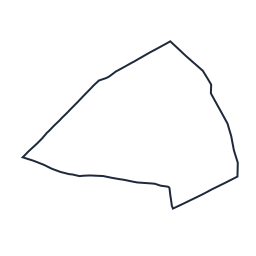 the district of Santa Catarina Ticuá, Oaxaca, Mexico, rotated 86°
{"feature_id": "50627088B91995558537329", "entity_name": "Santa Catarina Ticuá", "entity_type": "district", "adm_level": 2, "iso_a3": "MEX", "parent_name": "Mexico", "parent_adm1": "Oaxaca", "projection": "orthographic", "projection_center": [-97.534, 17.055], "detail": "fine", "context": "isolated", "style": "outline", "palette": "slate", "viewbox_px": 256, "rotation_deg": 86, "n_neighbors": 0, "source": "geoboundaries", "source_scale": "gbopen_adm2", "svg_char_len": 1168}
<svg xmlns="http://www.w3.org/2000/svg" viewBox="0 0 256 256"><g transform="rotate(86 128 128)"><path d="M211.5,88.8L207.9,79.5L203.9,69.5L201.6,63.7L201.3,63.0L199.2,57.9L195.0,48.5L189.8,35.7L187.4,30.0L184.1,22.2L170.3,20.9L157.8,23.9L143.4,25.6L133.8,27.7L130.6,28.4L123.4,31.7L117.3,34.5L110.9,37.5L99.2,42.9L90.5,42.0L84.9,44.8L76.1,49.4L60.1,65.3L52.5,72.3L44.5,79.8L46.5,84.0L47.9,87.1L51.4,94.7L54.0,100.6L55.1,102.8L55.8,104.3L57.1,107.0L57.4,107.6L60.0,113.0L62.1,117.2L63.3,120.0L67.4,128.7L70.9,136.4L72.4,138.6L74.3,141.6L75.6,143.7L76.7,146.4L78.6,153.7L83.1,159.3L85.7,162.1L92.9,170.2L98.2,176.0L102.9,181.3L105.4,184.2L108.0,187.0L111.0,190.5L112.9,192.8L115.7,195.8L120.5,201.6L125.9,207.6L127.0,209.1L132.2,214.2L136.9,219.5L141.9,225.8L143.3,227.5L144.4,228.9L149.2,234.3L149.9,235.1L154.1,224.5L158.9,214.4L162.8,207.8L163.7,206.0L167.1,198.5L169.9,190.0L170.5,186.6L172.6,179.8L172.5,175.6L172.7,169.0L174.2,156.1L176.7,147.1L178.4,140.2L179.3,136.0L182.0,126.3L183.0,122.4L184.9,108.8L185.5,105.1L187.8,99.5L189.3,92.4L190.2,91.1L191.1,90.8L197.8,90.5L203.9,90.0L208.5,89.7L211.5,88.8Z" fill="none" stroke="#1e293b" stroke-width="2"/></g></svg>